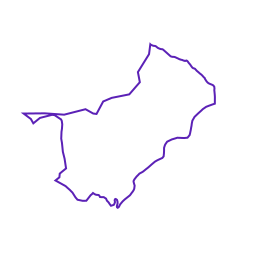 outline of Rehaid Albirdi, Southern Darfur, Sudan, rotated 162°
{"feature_id": "16777658B32181362177213", "entity_name": "Rehaid Albirdi", "entity_type": "district", "adm_level": 2, "iso_a3": "SDN", "parent_name": "Sudan", "parent_adm1": "Southern Darfur", "projection": "natural_earth1", "projection_center": [23.455, 11.002], "detail": "fine", "context": "isolated", "style": "outline", "palette": "violet", "viewbox_px": 256, "rotation_deg": 162, "n_neighbors": 0, "source": "geoboundaries", "source_scale": "gbopen_adm2", "svg_char_len": 2646}
<svg xmlns="http://www.w3.org/2000/svg" viewBox="0 0 256 256"><g transform="rotate(162 128 128)"><path d="M189.8,71.9L184.2,75.7L183.0,76.1L181.4,77.0L180.2,75.4L178.9,74.3L177.7,73.8L176.6,73.3L176.1,72.2L176.0,71.1L175.0,70.6L172.5,69.8L170.7,67.6L170.5,65.4L169.5,63.4L168.8,60.9L168.2,59.3L167.5,59.3L166.5,59.3L165.3,59.3L164.4,60.1L163.3,61.5L163.0,63.5L162.3,64.3L161.6,64.3L160.7,63.1L160.7,61.4L161.2,59.5L162.0,58.3L162.8,56.9L162.9,55.9L162.4,55.3L160.9,55.9L159.7,57.2L158.6,58.1L155.7,59.9L153.1,61.1L149.6,62.4L147.2,63.3L146.5,63.7L144.6,65.1L143.1,66.1L142.5,66.6L141.8,67.2L141.1,68.0L140.8,68.4L140.0,70.1L139.5,71.1L139.4,74.0L139.3,75.2L139.1,75.8L138.8,76.2L137.6,77.3L134.8,79.2L133.0,80.1L131.2,81.1L130.1,81.3L127.9,81.7L127.5,81.8L126.6,82.1L123.0,83.5L121.8,83.9L120.1,84.6L116.9,86.0L113.7,87.3L112.7,87.7L110.3,88.2L110.2,88.2L109.0,88.4L104.6,88.9L102.9,90.0L102.0,92.0L101.8,92.4L101.3,93.7L100.6,95.6L99.9,97.8L99.7,98.2L99.1,99.0L98.4,100.0L97.9,100.6L97.6,100.9L95.0,102.9L89.8,103.6L86.4,103.5L84.1,103.5L77.7,101.1L74.4,100.4L71.6,102.2L70.7,103.6L69.8,105.2L69.4,105.9L69.1,106.4L68.2,108.1L67.8,108.9L67.0,110.3L65.9,112.6L64.5,115.1L62.6,116.8L61.3,118.0L58.0,119.6L56.1,120.5L55.4,120.8L52.7,122.0L51.1,122.8L47.1,124.0L43.5,124.2L42.8,124.2L40.6,124.3L38.3,124.3L38.0,124.3L37.9,124.3L37.2,126.4L35.8,130.6L35.3,132.5L34.7,135.1L34.2,137.4L33.6,138.7L33.2,140.6L33.7,142.1L34.4,142.9L35.2,143.6L36.2,144.4L37.6,145.7L38.3,146.8L38.7,147.7L39.0,148.5L39.4,150.1L39.6,150.9L39.6,151.8L40.1,152.6L40.2,152.8L41.3,155.3L42.0,156.5L42.8,157.6L43.7,159.2L44.9,161.1L46.0,163.6L46.8,164.3L47.5,164.7L48.2,165.7L48.6,166.9L49.0,168.1L49.2,169.0L49.9,170.6L50.3,171.6L50.6,172.8L51.3,173.9L51.8,174.2L52.3,174.0L53.2,174.2L53.9,174.8L54.3,174.9L55.0,175.6L55.5,176.0L56.2,176.4L56.6,176.6L57.0,177.0L57.7,177.4L58.3,178.0L59.2,178.9L59.8,179.4L60.3,179.9L61.4,180.9L62.2,181.4L62.8,181.6L63.6,181.9L64.5,182.4L65.3,183.0L70.4,191.7L71.0,192.3L72.4,192.9L73.5,193.7L75.0,195.1L75.6,196.1L76.4,197.3L77.2,197.8L78.4,198.3L79.3,199.0L80.7,200.3L80.9,200.7L81.1,200.3L85.2,191.7L101.3,178.1L102.6,167.9L116.4,159.6L134.2,161.7L143.4,160.9L153.6,151.1L156.6,152.5L162.6,159.0L184.6,160.4L202.7,167.7L222.8,174.0L217.6,166.6L216.6,161.7L208.6,164.8L196.2,164.0L193.9,163.0L189.0,156.8L188.8,155.2L189.4,151.8L191.0,147.8L192.4,145.0L194.8,138.5L195.4,134.3L197.3,125.5L197.8,118.4L199.4,108.7L204.6,106.7L207.0,105.7L208.5,102.3L213.2,100.5L205.3,92.0L204.0,89.7L202.4,87.0L201.5,85.1L200.8,83.8L199.4,78.3L198.2,75.4L193.7,72.8L190.8,71.9L190.2,71.7L189.8,71.9Z" fill="none" stroke="#5b21b6" stroke-width="2"/></g></svg>